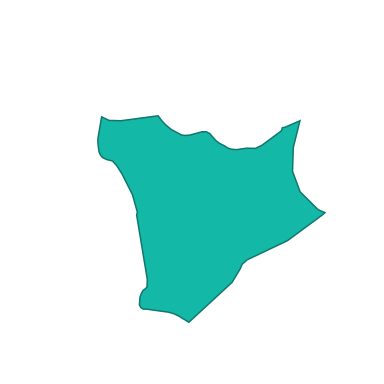 the border of Ben Arous (Tunis Sud), rotated 38°
{"feature_id": "TUN-104", "entity_name": "Ben Arous (Tunis Sud)", "entity_type": "Governorate", "adm_level": 1, "iso_a3": "TUN", "parent_name": "Tunisia", "parent_adm1": "", "projection": "mercator", "projection_center": [10.195, 36.63], "detail": "fine", "context": "isolated", "style": "filled", "palette": "teal", "viewbox_px": 384, "rotation_deg": 38, "n_neighbors": 0, "source": "natural_earth", "source_scale": "10m", "svg_char_len": 925}
<svg xmlns="http://www.w3.org/2000/svg" viewBox="0 0 384 384"><g transform="rotate(38 192 192)"><path d="M223.6,85.6L225.2,84.1L233.2,69.4L244.5,94.7L258.5,113.8L277.1,125.3L302.3,128.3L309.5,126.4L308.8,129.9L297.2,171.5L277.1,211.7L276.0,218.1L277.3,223.0L279.2,238.6L269.7,296.6L257.4,298.0L252.6,299.1L247.6,301.1L228.0,312.5L225.8,314.3L222.9,314.6L220.0,313.3L215.8,307.0L214.5,303.1L214.0,299.8L214.7,297.4L215.1,294.7L210.6,288.4L162.6,244.3L161.3,241.5L146.8,230.8L125.6,220.8L116.4,217.6L110.2,216.5L104.7,219.0L100.2,219.9L97.2,219.3L94.0,217.6L88.4,212.1L85.1,208.1L74.5,188.4L82.5,186.7L92.1,179.6L118.4,152.8L124.5,154.5L129.8,155.3L137.1,155.5L148.8,153.5L151.7,151.7L155.0,148.8L162.8,138.4L166.0,135.8L170.0,135.0L178.5,136.7L183.2,136.8L189.4,135.6L193.0,135.3L196.6,134.1L201.0,131.2L208.0,123.9L215.2,118.5L218.3,112.2L224.8,88.7L223.6,85.6Z" fill="#14b8a6" stroke="#0f766e" stroke-width="1.5"/></g></svg>